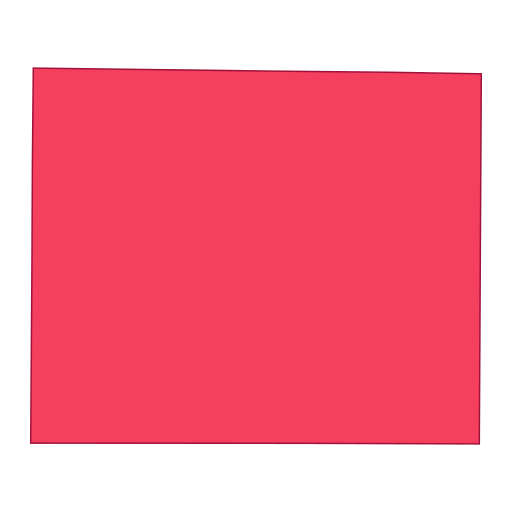 Knox, Illinois, United States of America, rotated 90°
{"feature_id": "52423323B87392879787179", "entity_name": "Knox", "entity_type": "district", "adm_level": 2, "iso_a3": "USA", "parent_name": "United States of America", "parent_adm1": "Illinois", "projection": "natural_earth1", "projection_center": [-90.27, 40.932], "detail": "fine", "context": "isolated", "style": "filled", "palette": "rose", "viewbox_px": 512, "rotation_deg": 90, "n_neighbors": 0, "source": "geoboundaries", "source_scale": "gbopen_adm2", "svg_char_len": 282}
<svg xmlns="http://www.w3.org/2000/svg" viewBox="0 0 512 512"><g transform="rotate(90 256 256)"><path d="M73.8,30.7L72.3,120.3L71.1,239.7L68.1,478.7L161.9,479.6L255.5,480.0L443.1,481.3L443.3,212.1L443.9,32.7L73.8,30.7Z" fill="#f43f5e" stroke="#9f1239" stroke-width="1.5"/></g></svg>